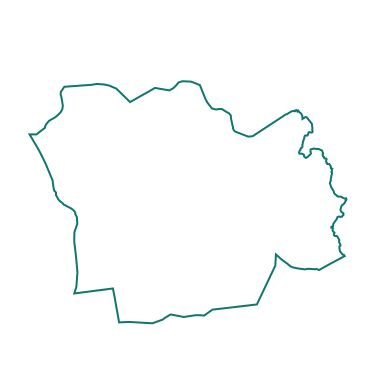 the district of Gummi, Zamfara, Nigeria, rotated 261°
{"feature_id": "59680162B37513478805829", "entity_name": "Gummi", "entity_type": "district", "adm_level": 2, "iso_a3": "NGA", "parent_name": "Nigeria", "parent_adm1": "Zamfara", "projection": "mercator", "projection_center": [5.146, 12.032], "detail": "fine", "context": "isolated", "style": "outline", "palette": "teal", "viewbox_px": 384, "rotation_deg": 261, "n_neighbors": 0, "source": "geoboundaries", "source_scale": "gbopen_adm2", "svg_char_len": 4147}
<svg xmlns="http://www.w3.org/2000/svg" viewBox="0 0 384 384"><g transform="rotate(261 192 192)"><path d="M255.6,309.8L255.0,308.8L255.9,308.6L256.5,308.3L256.5,307.7L256.2,307.3L256.3,306.6L255.9,306.4L255.7,306.4L255.6,306.0L256.0,305.7L256.2,305.1L256.2,303.6L255.9,302.6L255.1,300.4L254.6,299.3L254.0,297.9L253.9,296.7L237.6,260.6L237.9,256.3L237.9,256.2L245.1,243.8L247.4,242.6L250.3,242.5L259.0,242.0L261.5,242.3L263.8,241.0L266.3,237.8L269.2,234.6L269.7,232.1L269.7,229.0L270.5,226.6L271.6,224.6L278.3,221.0L282.3,219.7L296.4,216.5L301.2,208.3L302.9,199.8L302.3,195.9L299.8,193.1L297.4,189.6L295.9,185.5L300.6,171.7L297.2,162.9L296.0,159.5L290.5,144.9L306.0,133.4L310.2,126.6L311.8,122.4L312.0,121.9L312.6,119.3L312.9,117.8L313.6,115.0L313.6,111.9L313.6,109.4L315.9,82.4L311.4,78.1L308.6,77.5L305.8,77.9L301.8,77.9L297.2,77.9L293.7,76.7L291.0,74.4L287.7,69.6L286.2,66.0L284.7,62.0L283.0,60.0L281.5,58.3L279.8,57.3L278.3,56.7L276.6,53.5L273.2,47.3L274.3,40.6L265.7,44.0L258.1,47.0L252.5,48.9L242.3,52.0L224.9,56.2L223.0,56.0L218.0,55.9L214.9,56.1L214.3,56.6L214.2,56.6L212.8,57.6L210.2,57.2L205.0,59.1L203.0,60.7L202.3,61.4L201.5,62.2L199.3,63.6L198.2,65.5L197.8,65.9L194.8,69.9L193.7,71.0L192.8,71.9L190.3,73.4L188.5,73.3L185.1,74.4L178.5,73.7L170.6,69.5L161.2,67.9L149.3,67.5L130.7,66.3L116.6,63.0L110.2,59.9L109.1,98.8L101.4,99.1L74.6,99.6L73.5,109.6L68.5,132.4L70.6,143.2L71.6,144.9L74.4,151.7L69.8,164.5L69.8,175.4L69.3,179.3L68.1,184.8L72.6,193.7L70.8,238.5L106.3,262.8L117.2,265.1L113.1,268.5L110.3,270.9L106.4,274.8L103.0,277.8L102.0,279.4L100.3,283.6L98.9,288.2L98.0,291.1L97.9,292.5L98.1,294.1L97.6,296.6L96.9,299.4L96.4,301.8L96.6,302.9L95.0,305.2L99.4,317.1L104.8,332.8L106.2,332.2L106.6,330.9L107.7,330.4L109.2,329.5L110.1,328.9L111.8,328.9L113.6,328.7L115.3,329.2L115.7,330.0L116.3,330.4L117.8,330.0L119.1,329.5L119.7,329.4L121.4,330.0L122.4,329.7L124.5,328.9L125.8,328.2L126.3,326.2L127.1,325.5L128.2,325.5L128.7,326.0L129.6,326.4L130.8,325.3L132.0,324.8L134.4,325.5L134.9,324.6L135.0,324.0L135.8,324.2L136.3,326.0L138.4,326.6L141.0,329.1L142.2,330.3L143.3,331.2L144.3,331.5L144.8,332.8L144.7,333.6L144.2,334.4L144.2,335.7L144.2,336.5L145.0,336.9L145.6,338.0L146.6,338.2L147.4,338.1L147.5,337.6L148.2,337.3L148.7,336.6L149.2,336.3L150.8,335.8L151.9,336.1L153.3,336.7L154.5,337.4L155.3,337.8L155.9,339.2L156.5,340.0L157.6,341.3L158.2,341.8L159.0,342.0L159.5,342.8L159.9,343.1L160.5,343.4L161.7,343.1L161.5,341.9L162.4,340.6L163.6,339.0L164.3,337.9L164.4,336.8L164.6,335.7L165.2,334.7L165.7,334.6L166.5,333.8L167.6,332.8L169.0,332.1L170.5,332.1L173.3,331.0L174.3,330.6L175.1,330.2L176.3,330.0L177.8,329.8L178.9,329.5L180.8,330.3L181.4,330.9L183.2,331.1L184.5,331.7L186.1,332.1L187.7,332.9L188.9,333.3L190.0,332.8L190.6,333.2L191.0,333.7L191.6,333.7L192.2,333.6L192.8,333.7L193.1,334.0L193.4,333.1L194.4,332.8L194.9,333.1L196.0,333.0L197.1,332.5L198.1,332.0L198.5,330.0L199.4,329.5L199.9,329.7L200.9,329.2L202.1,329.5L202.9,329.8L203.4,330.1L203.9,329.9L204.2,329.1L204.4,328.2L205.7,327.6L206.2,327.7L206.7,327.0L207.6,326.8L208.7,326.9L209.0,327.3L209.6,327.5L210.8,327.2L212.2,327.0L212.9,326.6L213.5,325.3L214.2,324.6L214.7,323.7L214.9,323.0L214.9,322.3L215.2,321.4L215.4,320.2L215.9,319.3L215.9,318.5L215.5,317.5L215.6,316.9L215.7,316.3L215.4,315.8L214.5,315.5L213.5,315.4L212.4,315.5L211.5,315.5L210.9,315.0L210.3,314.3L209.9,313.5L209.3,312.7L208.6,311.8L208.4,311.1L208.0,310.6L207.8,309.9L208.3,309.3L209.1,308.7L209.7,308.3L210.3,308.3L211.4,308.3L212.0,307.5L212.5,306.8L212.8,306.2L212.8,305.5L212.9,304.7L213.1,304.1L214.1,303.9L215.2,304.3L216.3,305.1L216.8,305.8L217.7,306.0L218.6,306.8L218.5,307.3L218.9,307.9L219.9,308.3L221.0,308.2L221.8,308.7L223.1,309.1L224.3,309.5L226.1,310.5L227.2,311.1L228.7,311.6L229.7,312.1L230.1,312.6L230.0,313.6L229.6,314.3L230.2,315.3L231.2,315.9L232.1,316.2L232.7,316.6L232.7,317.5L232.3,318.4L232.0,319.3L232.1,320.2L232.7,320.5L233.8,320.7L234.4,320.4L236.4,320.9L240.6,321.1L247.8,317.0L248.3,315.8L246.9,312.5L248.2,312.7L249.2,312.8L249.7,312.9L250.7,312.5L251.7,312.3L252.4,312.1L253.1,311.4L254.4,310.3L255.6,309.8Z" fill="none" stroke="#0f766e" stroke-width="2"/></g></svg>